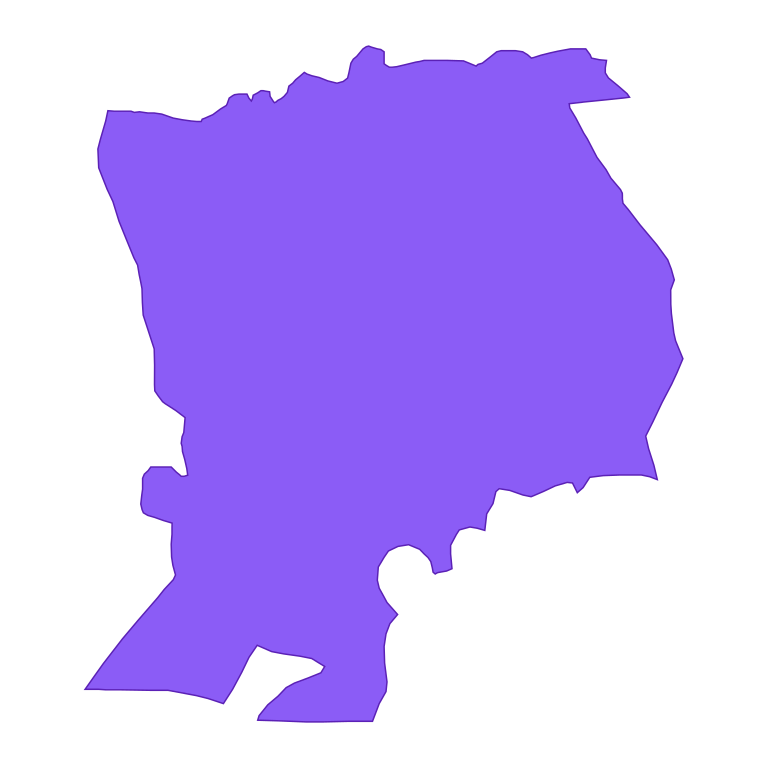 Al-Rifai, Dhi-Qar, Iraq (Robinson projection)
{"feature_id": "34846034B62362991729870", "entity_name": "Al-Rifai", "entity_type": "district", "adm_level": 2, "iso_a3": "IRQ", "parent_name": "Iraq", "parent_adm1": "Dhi-Qar", "projection": "robinson", "projection_center": [46.048, 31.665], "detail": "fine", "context": "isolated", "style": "filled", "palette": "violet", "viewbox_px": 768, "rotation_deg": 0, "n_neighbors": 0, "source": "geoboundaries", "source_scale": "gbopen_adm2", "svg_char_len": 3769}
<svg xmlns="http://www.w3.org/2000/svg" viewBox="0 0 768 768"><path d="M154.8,390.9L158.3,396.0L162.6,401.7L165.2,403.7L175.6,410.4L185.1,417.6L183.8,432.5L182.1,436.7L181.2,443.3L182.1,446.4L182.5,451.6L184.7,459.3L186.8,468.6L187.7,475.2L184.2,476.3L181.2,476.3L179.5,474.7L176.4,472.2L171.2,467.0L165.6,467.0L158.2,467.0L150.8,467.0L148.2,470.6L144.3,474.2L142.6,478.3L142.6,482.4L142.6,489.1L141.7,495.8L140.8,504.1L142.1,509.7L143.4,512.8L147.8,515.4L154.7,517.4L163.4,520.5L172.1,523.1L172.0,527.2L172.0,534.4L171.2,544.2L171.6,557.0L172.9,565.3L175.5,575.0L173.3,579.7L164.2,589.5L157.7,597.7L138.1,620.3L122.5,638.8L103.4,663.5L94.2,676.4L85.1,689.3L86.4,689.3L92.9,689.3L98.6,689.3L105.9,689.8L120.7,689.8L150.7,690.3L168.0,690.3L196.4,695.6L208.0,698.5L223.4,703.6L232.6,689.3L241.8,672.2L249.0,657.3L257.2,645.3L271.7,651.6L283.8,653.9L300.1,656.2L311.7,658.5L324.7,666.5L320.9,672.8L308.3,677.9L294.4,683.1L286.2,687.6L278.0,696.2L267.8,704.8L259.1,715.6L257.7,720.2L278.4,720.8L305.9,721.9L323.3,721.9L348.9,721.3L368.2,721.3L372.5,721.3L379.2,703.6L386.0,691.6L387.0,681.9L384.6,663.0L384.1,646.5L386.0,633.9L389.9,623.6L397.6,614.5L387.0,602.5L384.0,596.9L379.2,588.2L377.3,580.2L378.3,567.0L384.1,557.3L388.4,551.0L398.0,546.4L408.6,544.7L419.7,549.3L424.1,553.9L428.0,557.5L430.8,561.6L432.3,567.7L433.1,572.2L435.2,574.0L436.7,573.1L437.7,572.6L446.7,571.0L452.0,568.7L450.6,553.9L450.6,545.3L456.4,534.4L459.3,529.9L469.9,527.0L477.1,528.2L484.8,530.4L486.7,513.9L493.0,503.6L495.9,491.6L499.2,488.7L509.8,490.4L522.9,495.0L531.1,496.7L533.8,495.6L543.1,491.6L544.2,491.1L555.2,485.9L567.2,482.4L572.5,483.0L577.3,492.7L583.1,487.6L589.8,477.3L603.3,475.6L619.2,475.0L630.3,475.0L641.4,475.0L649.6,476.7L657.3,479.6L653.9,465.3L648.6,448.7L645.7,436.1L652.9,421.8L662.1,402.4L671.7,384.1L677.0,372.7L682.9,358.7L675.6,340.8L673.8,332.9L671.4,313.6L670.8,304.3L670.7,289.9L674.3,279.9L671.3,269.2L667.7,259.8L656.8,244.8L639.9,224.7L628.4,209.7L623.0,203.3L622.4,199.0L622.4,195.4L622.3,193.2L620.5,189.6L610.9,178.2L606.0,169.6L597.0,157.4L587.3,138.8L583.7,133.1L575.8,118.0L569.8,108.0L569.2,103.7L581.8,102.3L582.9,102.1L603.0,100.1L623.5,98.0L629.5,97.2L627.1,93.7L618.0,85.8L608.4,77.9L605.3,72.9L605.3,67.9L606.5,60.4L599.7,59.8L591.5,58.1L590.1,54.7L585.8,48.9L582.0,48.9L578.5,48.9L570.4,48.9L557.8,51.2L550.2,52.9L541.0,55.2L533.8,57.5L531.4,58.1L527.5,54.7L522.7,51.8L515.5,50.7L507.3,50.7L501.1,50.7L496.7,51.8L491.0,56.4L482.3,63.2L478.0,64.4L476.1,66.1L474.0,65.2L467.9,62.7L463.5,60.9L446.7,60.4L437.1,60.4L431.8,60.4L426.5,60.4L424.1,60.4L419.7,61.5L415.9,62.1L404.4,64.9L396.7,66.7L392.3,67.2L389.4,67.2L386.5,65.5L384.1,63.8L384.1,56.9L384.1,51.8L380.8,49.5L377.4,48.9L371.6,47.2L368.7,46.1L366.3,46.7L363.0,48.9L356.7,56.4L353.3,59.2L350.9,63.2L349.0,72.4L347.6,78.1L343.2,81.5L337.0,83.2L327.8,80.9L319.2,77.5L312.0,75.8L307.1,74.1L304.3,72.4L300.4,75.8L295.6,79.8L292.7,83.2L288.9,86.1L287.4,92.4L284.0,96.4L281.1,98.7L277.8,100.4L275.9,102.1L274.4,102.7L273.4,101.5L270.1,96.4L269.6,91.8L265.7,91.2L263.3,90.7L260.9,90.7L257.6,92.9L253.2,95.2L252.3,99.2L251.3,101.0L248.9,98.1L247.0,94.1L243.1,94.1L238.8,94.1L234.5,94.7L232.5,95.8L229.2,98.1L227.2,103.8L226.3,105.5L222.3,107.9L220.5,109.0L212.8,114.7L208.9,116.4L205.1,118.1L202.2,119.2L201.2,121.5L196.9,121.5L191.1,121.0L182.5,119.8L173.3,118.1L161.8,114.1L154.1,113.0L147.8,113.0L139.6,111.8L134.3,112.4L131.0,111.2L125.7,111.2L122.3,111.2L117.0,111.2L114.1,111.2L107.9,110.7L105.7,121.0L100.4,139.3L97.9,149.0L98.7,167.8L101.8,175.7L107.2,189.4L112.9,201.5L119.0,221.2L126.2,239.0L133.9,257.8L137.6,265.1L139.2,274.7L140.8,282.4L142.0,288.7L142.4,302.6L143.2,315.1L154.2,348.9L154.6,365.2L154.5,384.5L154.8,390.9Z" fill="#8b5cf6" stroke="#5b21b6" stroke-width="1.5"/></svg>